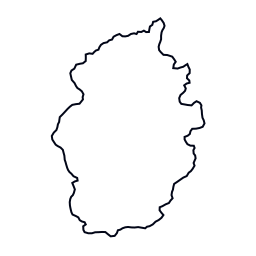 Carmo da Mata, Minas Gerais, Brazil, rotated 265°
{"feature_id": "56859067B40165996616507", "entity_name": "Carmo da Mata", "entity_type": "district", "adm_level": 2, "iso_a3": "BRA", "parent_name": "Brazil", "parent_adm1": "Minas Gerais", "projection": "albers", "projection_center": [-44.883, -20.561], "detail": "fine", "context": "isolated", "style": "outline", "palette": "ink", "viewbox_px": 256, "rotation_deg": 265, "n_neighbors": 0, "source": "geoboundaries", "source_scale": "gbopen_adm2", "svg_char_len": 2780}
<svg xmlns="http://www.w3.org/2000/svg" viewBox="0 0 256 256"><g transform="rotate(265 128 128)"><path d="M214.7,111.0L213.2,108.3L210.9,106.5L208.6,105.4L208.0,102.8L206.6,100.9L205.0,99.2L205.7,95.9L204.9,92.3L201.6,92.1L198.4,91.7L196.4,88.7L196.2,85.8L195.6,81.9L191.8,79.7L190.2,76.7L187.6,75.3L185.2,75.6L180.8,76.2L177.4,78.7L174.3,79.9L172.2,81.1L170.6,83.2L168.6,85.2L165.5,86.6L162.7,85.5L160.4,85.6L158.7,84.0L156.4,81.8L156.3,78.2L155.9,74.5L154.3,72.0L152.3,69.5L150.0,67.0L147.2,63.9L144.8,61.0L142.3,60.4L140.0,59.9L137.8,58.5L134.9,57.7L132.2,56.5L129.9,53.7L126.7,51.4L123.1,51.6L120.1,53.2L117.7,54.5L116.2,56.3L114.4,59.1L111.9,61.2L108.8,61.7L106.0,62.2L101.8,62.2L99.5,62.8L97.2,63.2L93.8,63.9L91.5,64.6L89.3,65.8L87.3,67.7L84.7,69.5L82.7,73.0L80.0,73.2L79.4,70.3L78.1,67.7L74.9,68.7L71.5,69.7L68.0,68.4L65.9,67.2L64.4,65.4L62.3,64.3L59.3,63.5L56.0,63.4L53.7,63.6L51.4,63.9L49.0,64.3L46.6,65.2L44.9,68.3L43.3,70.7L40.4,71.9L38.9,73.9L37.9,76.6L35.6,77.5L34.0,74.8L30.4,74.7L28.0,75.7L26.6,79.3L26.3,83.0L27.0,86.2L26.8,89.1L26.7,93.1L26.3,96.4L24.0,98.7L21.6,101.3L21.7,105.3L24.3,107.8L27.0,109.0L27.4,111.5L28.6,113.8L29.3,116.6L29.4,119.4L28.7,122.6L28.3,125.8L28.4,129.5L27.5,132.9L26.6,136.4L28.0,138.3L28.3,140.9L29.8,144.3L32.3,147.3L33.6,150.5L35.6,153.5L38.2,155.7L40.8,153.8L43.3,152.3L46.3,152.7L47.1,155.4L48.7,158.9L49.7,162.2L52.0,164.0L54.1,166.3L57.4,165.5L60.6,166.3L62.7,167.4L65.5,168.1L68.3,169.1L70.1,172.4L72.2,176.0L73.8,178.8L75.0,182.3L78.2,184.6L79.5,186.8L81.5,188.7L84.7,191.0L87.4,190.3L89.7,191.5L91.9,192.7L94.8,192.5L96.8,191.2L100.2,191.2L102.3,192.6L104.6,192.0L105.0,188.6L106.7,185.8L109.3,184.4L111.7,183.4L114.2,183.6L115.1,186.8L116.7,189.1L119.3,189.9L121.6,191.9L121.4,195.7L121.8,199.4L122.7,202.5L125.9,204.6L129.1,204.1L131.7,203.1L135.4,202.9L139.0,203.0L142.0,202.6L144.2,203.1L146.8,201.8L148.7,198.6L147.3,196.0L145.0,193.3L145.7,189.5L146.5,186.6L147.4,183.2L149.7,181.8L153.3,181.6L156.3,183.2L158.3,186.1L160.1,188.1L162.4,189.0L165.6,187.7L167.2,190.3L167.7,193.3L170.0,193.2L172.4,191.1L175.2,191.5L177.3,194.2L180.9,194.6L183.7,193.5L186.5,192.7L185.4,190.5L184.2,188.4L183.7,185.6L182.9,182.6L183.7,178.3L187.3,179.2L189.8,181.3L192.2,180.1L195.2,178.3L196.3,175.8L197.3,173.4L197.8,169.7L200.8,167.2L202.9,165.8L206.2,165.6L208.8,166.5L210.9,167.6L213.5,168.7L217.0,169.0L220.4,169.8L222.4,170.8L224.4,172.3L226.6,173.3L229.5,172.7L232.4,171.1L234.4,169.7L233.1,167.5L231.9,165.2L231.6,162.3L228.6,161.2L227.2,158.7L224.9,158.0L221.8,157.2L222.0,154.4L223.6,152.3L222.5,149.6L223.0,146.3L220.9,144.7L221.8,142.3L221.4,139.1L219.8,136.1L219.5,133.2L219.9,130.4L222.4,127.7L221.5,124.6L220.2,121.6L217.5,119.8L217.0,116.9L215.2,114.7L214.7,111.0Z" fill="none" stroke="#020617" stroke-width="2"/></g></svg>